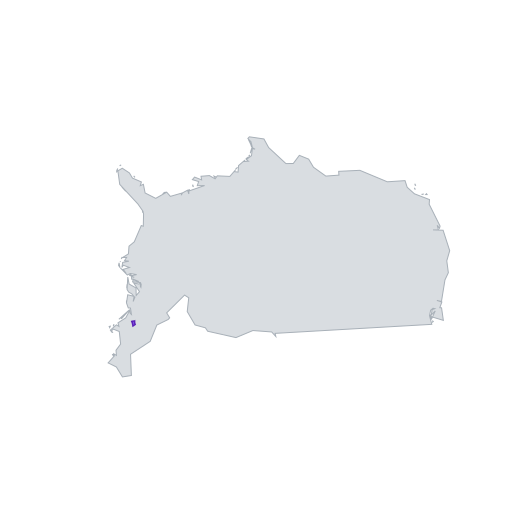 Columbia, New York, United States of America (highlighted), rotated 153°
{"feature_id": "52423323B79096114646112", "entity_name": "Columbia", "entity_type": "district", "adm_level": 2, "iso_a3": "USA", "parent_name": "United States of America", "parent_adm1": "New York", "projection": "albers", "projection_center": [-73.71, 42.244], "detail": "fine", "context": "in_parent", "style": "filled", "palette": "violet", "viewbox_px": 512, "rotation_deg": 153, "n_neighbors": 0, "source": "geoboundaries", "source_scale": "gbopen_adm2", "svg_char_len": 4095}
<svg xmlns="http://www.w3.org/2000/svg" viewBox="0 0 512 512"><g transform="rotate(153 256 256)"><path d="M389.0,228.0L412.4,225.4L421.3,206.1L429.9,208.9L430.8,220.5L436.3,227.9L427.5,231.3L427.1,233.4L425.5,230.8L423.5,235.6L416.6,239.0L412.1,250.8L416.3,255.6L419.0,254.9L418.2,252.7L419.1,253.7L419.4,256.1L411.6,258.0L410.1,255.5L409.3,259.1L400.2,260.0L393.3,264.7L394.1,262.0L393.5,260.4L391.5,266.6L393.4,267.7L392.7,273.0L387.9,279.7L383.0,275.4L386.1,271.2L382.7,274.1L383.9,278.8L385.8,281.6L386.1,284.6L379.8,295.5L381.8,288.6L377.4,282.0L380.7,275.2L376.0,277.1L377.2,287.3L372.9,284.1L371.3,284.4L372.9,281.2L372.8,280.3L371.2,282.7L371.0,284.8L377.7,289.0L376.1,290.8L373.2,287.1L372.0,286.5L375.7,290.9L377.3,291.8L376.2,294.3L374.2,292.2L377.4,296.2L376.5,296.7L375.0,294.7L370.8,293.6L375.9,297.5L379.3,297.5L382.3,307.0L379.6,299.7L380.4,304.4L374.0,303.2L378.4,308.0L380.7,306.7L377.7,310.8L371.6,309.1L375.3,311.5L371.9,313.5L375.7,315.2L368.7,315.8L364.7,322.4L358.0,323.9L344.4,335.2L342.9,333.7L337.1,344.5L336.4,347.2L337.6,355.9L344.9,381.7L340.4,394.6L335.3,394.9L331.1,387.5L330.7,381.5L324.5,374.0L327.2,371.2L323.8,371.0L326.2,362.5L319.2,352.9L306.6,353.4L305.2,348.0L293.3,345.7L295.1,344.1L292.7,345.6L287.1,345.7L287.7,341.8L286.3,344.4L269.8,342.1L276.4,345.3L273.3,348.4L278.0,352.9L274.9,354.2L269.9,348.5L268.8,352.0L261.0,348.8L257.4,343.3L254.1,345.0L243.2,338.8L235.2,342.0L237.2,341.1L233.9,338.9L230.5,344.5L222.2,346.5L224.2,345.8L219.7,343.9L220.8,346.3L214.5,347.4L210.5,353.3L208.3,351.6L210.0,354.0L208.6,360.1L209.9,364.4L207.8,365.2L195.8,356.7L195.5,346.9L187.4,324.8L180.8,321.5L171.7,326.0L165.1,318.4L164.5,309.0L157.5,295.5L145.4,290.4L143.9,293.9L124.6,285.2L105.3,262.5L89.0,255.5L90.1,248.6L86.6,239.5L75.8,227.5L78.2,223.5L78.4,199.1L79.9,197.4L80.6,201.1L81.6,196.4L86.4,198.9L77.6,194.0L81.0,172.8L88.2,165.1L92.2,153.8L98.5,148.9L111.4,131.3L115.0,134.3L111.3,130.6L115.7,126.5L114.2,125.6L118.3,113.6L126.5,121.5L121.2,125.7L126.6,123.8L123.5,128.2L120.6,127.9L122.0,129.1L125.0,128.4L128.5,124.1L130.4,115.3L274.1,178.4L274.9,175.3L276.5,181.2L292.6,191.0L310.9,192.4L333.2,210.9L333.7,215.0L341.6,222.2L342.5,237.7L334.9,249.3L337.4,253.6L361.4,245.9L361.0,240.1L363.1,239.3L375.7,239.5L389.0,228.0ZM403.0,262.6L406.9,261.9L393.0,265.6L404.5,261.1L403.0,262.6ZM128.3,120.2L127.8,123.9L127.4,124.3L127.0,121.0L128.3,120.2ZM209.9,363.3L209.7,357.5L210.6,354.5L210.0,357.8L209.9,363.3ZM428.5,231.6L428.5,233.4L427.8,233.1L428.5,231.6ZM257.2,345.0L257.2,346.3L256.1,345.0L257.2,345.0ZM78.3,235.1L80.1,235.4L80.1,235.6L78.3,235.1ZM76.9,233.7L75.8,234.1L75.7,233.1L76.9,233.7ZM415.1,258.2L414.1,259.4L413.8,259.1L415.1,258.2ZM212.5,352.0L210.8,354.1L214.5,350.2L212.5,352.0ZM342.8,373.2L344.2,378.3L342.5,372.7L342.8,373.2ZM84.0,243.3L84.0,244.9L83.8,243.4L84.0,243.3ZM341.2,395.4L339.5,396.8L342.3,393.7L341.2,395.4ZM382.7,310.1L381.1,312.1L382.5,307.4L382.7,310.1ZM128.6,117.0L128.0,117.8L127.8,117.1L128.6,117.0ZM220.6,347.3L217.7,347.7L220.7,347.0L220.6,347.3ZM418.9,258.6L418.8,259.9L417.7,259.6L418.9,258.6ZM82.0,246.6L81.7,248.3L81.7,246.6L82.0,246.6ZM216.8,348.5L215.6,348.8L216.8,348.1L216.8,348.5ZM385.4,286.7L383.7,289.4L385.7,285.7L385.4,286.7ZM234.1,342.9L232.2,343.4L235.0,342.4L234.1,342.9ZM337.2,345.8L336.7,347.9L336.7,346.4L337.2,345.8ZM376.2,315.5L375.7,315.9L377.3,314.4L376.2,315.5ZM311.1,353.5L308.9,354.3L308.1,354.0L311.1,353.5ZM286.4,345.2L285.9,345.5L284.8,345.2L286.4,345.2ZM328.4,381.5L328.6,382.9L328.1,381.1L328.4,381.5ZM280.6,347.1L280.0,348.3L280.4,346.0L280.6,347.1ZM336.0,398.4L334.8,398.4L336.5,398.2L336.0,398.4ZM392.3,273.9L391.5,275.2L392.5,273.3L392.3,273.9ZM379.8,312.4L379.1,312.9L379.8,312.4Z" fill="#d9dde1" stroke="#a8b0b8" stroke-width="1"/><path d="M397.4,249.5L395.1,249.8L394.7,249.9L394.7,250.2L394.6,250.7L394.7,251.1L394.7,251.4L394.5,251.7L394.3,251.8L394.2,252.2L394.0,252.4L393.9,252.8L393.7,253.2L393.9,253.2L394.4,253.5L395.1,253.8L396.3,254.1L396.3,253.5L396.5,253.5L396.4,253.1L396.6,252.4L397.2,250.2L397.4,249.5Z" fill="#8b5cf6" stroke="#5b21b6" stroke-width="1.5"/></g></svg>